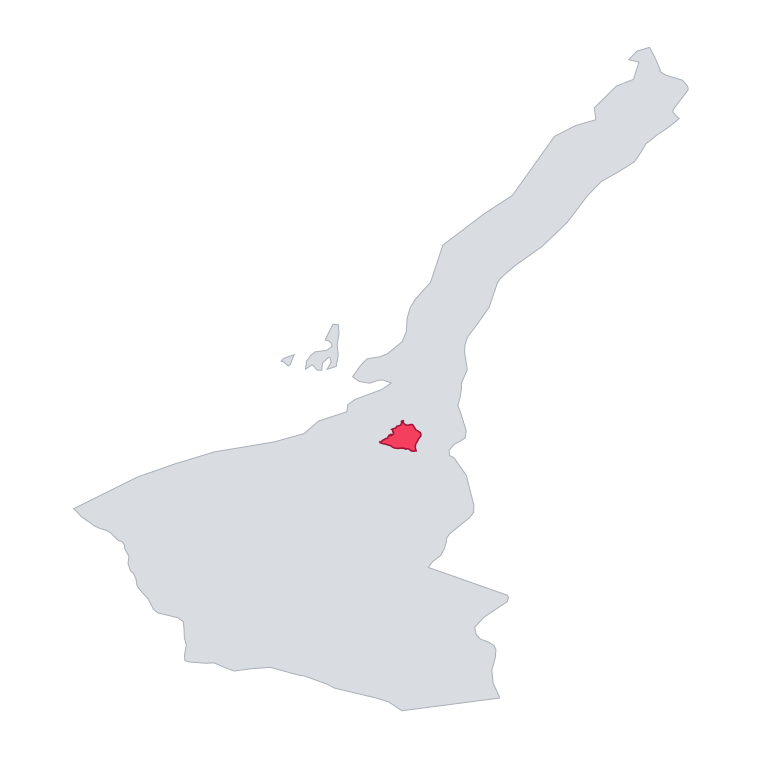 Segeneity, Debub, Eritrea (highlighted), rotated 268°
{"feature_id": "51966322B33057648537634", "entity_name": "Segeneity", "entity_type": "district", "adm_level": 2, "iso_a3": "ERI", "parent_name": "Eritrea", "parent_adm1": "Debub", "projection": "robinson", "projection_center": [39.223, 15.059], "detail": "fine", "context": "in_parent", "style": "filled", "palette": "rose", "viewbox_px": 768, "rotation_deg": 268, "n_neighbors": 0, "source": "geoboundaries", "source_scale": "gbopen_adm2", "svg_char_len": 6875}
<svg xmlns="http://www.w3.org/2000/svg" viewBox="0 0 768 768"><g transform="rotate(268 384 384)"><path d="M66.1,488.3L63.1,456.2L61.0,434.7L58.9,412.0L56.8,390.6L66.2,377.4L70.5,364.9L81.7,324.2L86.2,316.1L94.9,294.3L96.2,288.0L104.8,260.5L104.1,242.3L102.4,223.9L107.1,213.0L111.3,204.2L111.1,196.8L113.0,179.6L114.4,175.4L119.5,175.1L130.0,177.3L137.7,175.6L146.6,175.6L153.5,175.1L157.6,169.8L163.2,149.8L166.9,145.7L169.6,144.5L177.5,140.8L184.2,135.0L189.7,130.8L191.8,130.0L197.6,129.4L203.4,127.0L206.1,124.1L213.4,121.9L220.6,123.1L225.4,120.7L228.6,119.1L232.2,119.0L235.6,116.6L236.9,113.1L239.1,110.8L244.7,105.6L247.3,101.8L248.5,98.0L249.6,95.0L252.1,89.9L261.8,77.1L270.3,69.7L299.6,134.2L311.5,172.4L322.1,212.2L329.9,272.0L337.3,302.4L349.3,317.5L357.6,345.9L364.6,347.0L369.7,354.8L378.5,381.4L384.8,391.4L388.1,382.8L387.8,377.9L385.3,369.7L387.5,359.1L392.4,352.8L403.6,361.4L409.8,368.0L411.4,381.1L414.0,388.3L425.7,403.7L435.6,408.2L448.4,409.3L459.2,412.7L467.8,418.4L483.9,434.0L520.8,447.7L550.5,489.8L568.0,518.9L625.5,563.0L635.5,584.2L640.7,604.9L652.8,603.9L673.6,626.6L679.7,643.8L696.7,650.1L699.6,639.9L707.8,648.3L711.2,661.2L700.3,666.4L688.3,671.0L686.6,670.8L682.7,676.8L677.1,693.1L670.8,697.9L667.5,698.3L648.8,683.0L645.9,682.1L641.9,685.1L639.0,688.3L630.2,676.7L623.9,666.4L614.9,654.2L606.3,648.7L597.1,641.8L588.0,625.8L578.7,608.1L564.9,593.7L539.2,572.9L515.7,546.5L497.6,518.9L486.0,504.5L481.1,500.9L457.1,491.8L440.4,479.2L427.5,468.8L419.6,466.1L411.9,465.7L395.6,467.8L382.0,461.3L376.3,461.3L367.2,459.4L360.1,457.1L351.7,459.8L334.5,464.5L327.5,463.5L323.6,457.0L321.3,452.0L315.4,446.8L310.4,446.8L307.7,451.5L289.7,463.1L259.7,469.6L252.5,469.1L247.2,464.5L232.0,444.4L227.7,441.2L224.3,440.9L217.2,438.5L210.7,434.7L204.9,426.5L199.1,421.8L192.9,437.9L181.9,465.9L176.0,481.0L168.4,500.3L166.0,500.9L162.2,499.5L147.2,475.4L137.8,466.3L130.7,467.2L125.6,471.6L122.3,479.7L118.8,484.7L115.0,486.6L106.8,485.7L94.2,481.8L81.3,482.6L67.9,488.2L66.1,488.3ZM419.5,327.6L423.5,333.5L426.3,332.9L428.6,330.9L430.1,326.7L445.5,335.0L444.7,340.5L435.5,340.8L424.8,338.5L415.0,339.3L403.3,336.9L400.6,327.6L408.0,332.1L411.9,330.9L412.6,329.7L407.3,323.4L399.8,322.2L400.4,317.2L403.7,315.2L405.7,312.8L401.5,306.0L409.8,307.5L415.1,311.7L418.6,316.5L419.5,327.6ZM413.1,284.4L416.4,295.2L406.9,291.1L405.3,288.9L409.5,284.6L410.4,282.0L413.1,284.4Z" fill="#d9dde1" stroke="#a8b0b8" stroke-width="1"/><path d="M346.4,402.1L346.5,402.1L346.4,401.9L346.5,401.3L346.5,401.1L346.5,400.8L346.5,400.7L346.3,400.6L346.2,400.6L346.2,400.4L346.1,400.2L345.7,400.0L345.4,400.2L345.2,400.2L345.1,400.3L344.9,400.3L344.8,400.2L344.7,400.2L344.4,400.2L344.4,400.3L344.1,400.1L343.9,400.1L343.8,399.9L343.7,399.8L343.4,399.7L343.2,399.7L342.9,399.6L342.7,399.7L342.4,399.5L342.3,399.3L342.3,399.2L342.3,398.9L342.2,398.7L342.0,398.4L341.9,398.2L341.9,397.8L341.8,397.5L341.8,397.3L341.7,397.2L341.6,396.8L341.6,396.7L341.6,396.4L341.5,396.1L341.4,395.8L341.3,395.2L341.2,395.1L340.7,394.9L340.4,394.7L340.2,394.7L339.6,394.1L339.5,393.7L339.4,393.1L339.1,392.3L339.1,392.2L339.0,391.8L339.0,391.7L338.9,391.3L338.8,391.1L338.8,390.7L338.7,390.6L338.5,390.4L338.5,390.5L338.3,390.5L338.2,390.8L337.7,391.0L337.3,390.9L337.1,390.9L336.9,391.1L336.7,391.2L336.4,391.1L336.2,391.2L336.0,391.4L335.9,391.5L335.7,391.7L335.5,391.9L335.4,391.9L335.2,391.8L335.1,391.7L334.9,391.5L334.7,391.6L334.4,391.8L334.3,391.7L334.2,391.7L334.2,391.8L334.0,391.7L333.9,391.7L333.7,391.7L333.6,391.4L333.3,390.9L333.2,390.8L333.2,390.6L333.0,390.4L332.8,390.1L332.7,390.1L332.7,389.9L332.7,389.7L332.8,389.7L332.9,389.8L333.0,389.8L333.2,389.6L333.3,389.4L333.4,389.2L333.5,389.1L333.4,388.9L333.3,388.7L333.2,388.7L333.2,388.8L333.0,388.7L332.9,388.6L332.8,388.8L332.7,388.9L332.4,388.8L332.2,388.9L332.2,388.7L332.3,388.5L332.2,388.2L332.3,388.1L332.5,388.1L332.8,388.1L332.8,387.8L332.7,387.6L332.7,387.4L332.4,387.4L332.2,387.3L332.1,387.2L331.9,387.0L331.8,386.8L331.6,386.7L331.4,386.5L331.2,386.3L331.0,386.1L330.9,386.1L330.5,386.0L330.2,386.0L329.9,385.9L329.8,385.6L329.7,385.4L329.5,384.6L329.4,383.9L329.3,383.7L329.1,383.2L328.9,382.8L328.8,382.7L328.7,382.5L328.5,382.4L328.4,382.3L328.4,382.1L328.2,381.5L328.2,381.3L328.1,381.1L327.9,380.8L327.7,380.6L327.2,380.0L327.1,379.8L327.0,379.6L326.7,379.3L326.5,379.0L326.4,378.7L326.4,378.4L326.2,378.5L325.9,378.6L326.0,378.3L325.9,378.3L325.9,378.2L325.8,378.3L325.7,378.4L325.4,378.2L325.3,378.5L325.2,378.9L325.1,379.2L324.9,379.5L324.7,379.9L324.7,380.0L324.6,380.4L324.4,380.7L324.3,381.1L324.3,381.4L324.3,381.7L324.3,381.8L324.3,382.1L324.2,382.3L324.0,382.7L323.9,383.2L323.9,383.3L323.8,383.5L323.7,383.6L323.7,383.8L323.4,384.5L323.3,384.8L322.9,385.6L322.8,386.0L322.8,386.4L322.8,386.5L322.7,386.8L322.6,387.3L322.2,388.0L322.1,388.3L322.0,388.6L321.8,388.8L321.7,389.0L321.1,389.6L320.9,389.9L320.8,390.0L320.4,390.7L320.2,391.0L319.9,391.5L319.7,392.2L319.6,392.6L319.4,393.6L319.3,394.3L319.3,394.5L319.3,394.8L319.2,395.0L319.2,395.4L319.2,395.5L319.1,396.1L319.1,397.0L319.2,397.4L319.3,397.5L319.3,398.0L319.3,398.5L319.2,398.6L319.2,398.8L319.1,399.1L319.5,399.4L319.5,399.5L319.5,399.8L319.4,399.9L319.3,400.0L319.2,400.2L319.0,400.5L319.0,400.8L319.1,401.0L319.1,401.3L319.2,401.5L319.2,401.8L319.2,402.0L318.9,402.2L318.7,402.3L318.7,402.6L318.4,402.7L318.3,402.8L318.5,403.0L318.5,403.3L318.4,403.4L318.2,403.7L318.2,403.9L318.2,404.2L318.5,404.5L318.5,404.9L318.4,405.5L318.3,405.8L318.2,406.2L318.1,406.4L317.7,407.0L317.4,407.6L317.2,407.8L317.1,408.0L316.8,408.4L316.5,408.5L316.4,408.5L316.2,409.0L316.1,409.4L316.1,409.5L315.8,410.1L315.8,410.4L315.8,410.7L315.8,411.1L315.8,411.5L315.8,412.1L316.0,412.4L316.0,412.6L316.0,413.6L316.0,413.8L316.7,413.7L317.3,413.4L317.5,413.4L317.8,413.3L318.2,413.3L318.6,413.2L319.0,413.1L320.3,413.1L321.2,413.3L321.8,413.4L322.1,413.5L322.5,413.6L323.2,413.9L323.5,414.0L323.9,414.3L324.3,414.5L325.1,415.0L325.3,415.1L325.5,415.3L326.0,415.7L326.6,416.0L327.1,416.2L327.4,416.3L327.8,416.5L328.1,416.9L328.3,417.0L328.7,417.2L328.9,417.3L329.0,417.4L329.3,417.7L329.8,418.2L330.1,418.3L330.4,418.7L330.6,418.9L330.7,419.0L331.1,419.0L331.3,419.0L331.6,419.0L331.9,419.1L332.1,419.2L333.0,419.0L333.3,418.9L333.9,418.6L334.1,418.6L334.1,418.4L334.4,418.2L334.8,417.8L335.1,417.4L335.3,417.0L335.4,416.8L335.5,416.7L335.8,416.4L336.1,416.0L336.4,415.5L336.6,415.1L336.8,414.9L336.9,414.7L337.0,414.2L337.9,413.7L338.7,413.4L339.5,412.9L341.2,411.9L342.2,411.4L342.6,410.6L342.6,409.4L342.5,408.8L342.3,408.4L342.2,407.4L342.0,406.9L342.1,405.5L342.4,404.3L342.5,404.2L342.9,403.8L342.9,403.7L343.1,403.4L343.2,403.2L343.3,403.0L343.4,402.9L343.7,402.6L343.8,402.5L344.2,402.1L344.5,402.0L344.6,401.9L344.9,401.8L345.4,402.0L345.6,402.0L346.0,402.2L346.3,402.2L346.4,402.1Z" fill="#f43f5e" stroke="#9f1239" stroke-width="1.5"/></g></svg>